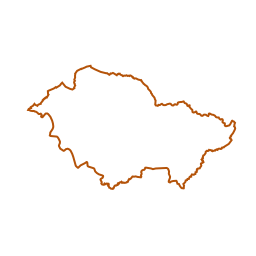 outline of Dan Makham Tia, Kanchanaburi, Thailand, rotated 212°
{"feature_id": "78962969B50658242834592", "entity_name": "Dan Makham Tia", "entity_type": "district", "adm_level": 2, "iso_a3": "THA", "parent_name": "Thailand", "parent_adm1": "Kanchanaburi", "projection": "albers", "projection_center": [99.312, 13.84], "detail": "fine", "context": "isolated", "style": "outline", "palette": "amber", "viewbox_px": 256, "rotation_deg": 212, "n_neighbors": 0, "source": "geoboundaries", "source_scale": "gbopen_adm2", "svg_char_len": 5771}
<svg xmlns="http://www.w3.org/2000/svg" viewBox="0 0 256 256"><g transform="rotate(212 128 128)"><path d="M201.6,146.0L201.3,145.8L200.6,144.2L199.6,142.8L199.1,140.4L198.0,139.9L198.1,138.7L197.9,138.1L197.4,137.6L196.5,137.2L196.2,136.6L195.3,136.1L195.3,134.9L195.1,134.3L195.1,133.6L194.6,133.3L195.5,131.2L197.8,130.5L202.8,129.9L207.8,131.6L208.2,129.9L208.3,128.1L210.2,124.2L210.9,124.4L211.9,122.1L215.1,117.6L215.5,116.8L213.7,114.3L213.1,114.2L213.0,111.8L213.0,110.9L213.7,110.9L213.8,109.5L214.3,109.4L214.5,107.9L214.8,107.9L215.1,106.4L214.7,106.1L215.2,102.4L214.9,102.2L216.3,100.5L216.8,99.1L216.7,98.8L219.1,98.5L220.1,98.9L220.4,96.3L221.5,94.3L221.5,94.0L221.0,93.6L221.5,93.4L221.4,92.9L222.2,91.7L222.3,91.1L222.2,90.4L221.3,90.9L220.4,90.9L219.5,91.1L217.7,91.9L216.9,92.6L215.7,92.6L215.0,93.0L213.0,93.0L211.6,92.6L211.0,92.6L210.3,93.1L209.6,93.9L208.7,93.7L208.1,93.3L208.1,92.8L207.7,91.6L206.8,91.5L206.2,91.9L205.6,96.2L205.4,96.7L204.2,97.5L203.0,97.5L199.8,96.4L196.3,94.1L194.1,92.1L192.3,89.9L191.7,88.7L191.4,87.0L191.5,83.0L190.9,81.8L190.3,80.2L189.4,80.2L183.8,83.0L182.8,82.9L181.4,82.3L178.6,80.5L177.8,79.2L177.4,77.0L177.2,76.4L176.8,76.0L174.5,74.6L170.6,74.5L170.1,75.0L169.4,77.2L168.1,78.5L166.5,78.7L165.2,78.5L164.4,78.2L161.6,76.5L159.1,74.5L152.4,68.4L151.7,68.1L149.6,67.7L149.2,67.9L148.4,71.2L146.1,75.0L145.3,76.6L145.2,77.1L144.7,77.3L144.0,76.9L142.4,74.7L141.8,74.3L140.7,74.4L135.7,75.7L134.9,75.5L132.8,73.8L130.5,73.3L128.1,73.3L124.5,74.2L123.8,74.2L123.3,73.5L123.2,72.2L124.0,70.6L124.1,69.9L123.4,69.2L121.6,68.2L121.2,66.8L120.7,66.7L120.2,66.4L119.7,66.6L119.3,66.6L118.3,67.1L118.3,67.9L118.5,68.0L118.5,68.5L117.2,68.5L117.0,69.2L116.8,69.5L116.1,69.7L115.6,70.2L114.9,70.4L114.5,70.1L114.7,69.0L114.2,68.9L114.3,68.6L114.0,68.3L113.3,68.3L112.3,67.5L112.0,67.7L111.2,67.7L110.4,67.5L108.8,68.2L108.8,68.6L108.3,68.9L108.3,69.2L108.6,69.5L108.4,70.1L108.6,70.6L108.7,71.8L108.5,72.3L107.7,72.7L107.7,73.2L107.2,73.5L106.5,74.3L106.5,74.6L107.0,74.9L107.3,75.7L106.8,76.3L106.5,76.1L106.2,76.2L106.4,76.7L106.2,77.3L105.8,78.0L105.3,78.3L104.9,78.2L104.9,78.8L104.4,78.6L103.7,79.1L103.2,78.8L102.3,79.6L101.7,79.7L100.2,81.2L100.1,81.5L100.2,81.8L99.6,82.3L100.0,83.9L100.0,85.3L99.4,85.3L98.8,86.7L98.5,89.2L98.2,89.5L97.2,89.8L95.9,91.0L93.9,91.6L90.9,93.0L90.9,93.7L92.0,94.8L92.1,96.3L92.9,97.2L93.4,97.5L93.7,98.3L93.6,99.4L93.3,99.9L93.0,100.4L92.1,101.2L92.0,102.6L92.3,103.4L91.8,103.9L87.0,105.9L85.1,106.3L83.0,108.4L74.2,114.5L73.3,114.7L72.2,114.5L70.6,113.3L70.1,112.8L69.1,110.8L66.6,109.1L66.0,108.0L65.3,104.5L64.8,103.9L64.2,103.9L63.5,104.1L63.0,105.5L61.6,107.0L59.1,108.8L58.6,108.7L56.5,106.9L55.2,107.5L53.4,106.4L51.5,105.6L50.5,105.5L48.8,106.3L48.8,106.7L49.5,107.5L49.9,108.8L50.7,109.3L51.4,109.9L51.0,111.2L50.8,112.9L51.3,114.1L50.3,115.1L50.6,116.0L50.5,116.4L49.4,117.0L49.8,118.9L49.5,119.8L49.0,119.8L48.6,120.2L49.1,120.9L49.2,122.5L47.4,123.2L47.3,123.8L46.5,124.7L47.3,126.3L46.5,127.0L46.4,127.2L46.8,127.9L47.3,128.5L47.1,129.2L47.6,129.4L47.7,129.7L47.2,130.7L45.8,131.8L45.9,132.9L45.8,134.6L46.0,135.1L47.0,135.9L47.3,136.5L46.1,138.4L45.9,139.1L46.8,139.5L47.2,140.1L47.9,139.7L48.1,140.1L48.8,140.3L48.6,140.7L48.8,141.1L48.9,141.6L48.7,141.8L48.9,142.2L48.6,142.4L49.2,143.2L49.6,144.5L49.3,144.8L49.0,145.9L48.9,147.9L49.5,149.1L49.0,150.5L48.4,150.6L47.9,151.0L47.7,152.4L47.0,152.4L46.6,152.9L45.5,153.1L45.1,153.5L44.9,153.4L44.6,153.0L44.0,153.1L43.8,153.6L43.0,154.2L42.6,155.1L42.1,155.2L42.1,155.7L41.7,156.5L40.6,156.8L40.9,157.4L40.5,157.7L40.1,158.5L39.6,158.9L38.5,159.2L37.7,159.9L37.7,160.1L38.0,160.4L37.9,161.2L37.3,161.5L36.9,162.3L36.5,162.4L36.3,163.4L34.1,167.9L33.7,172.6L34.6,173.2L35.3,173.1L36.1,173.2L36.5,173.7L36.2,175.1L36.5,175.4L36.4,175.7L36.6,175.8L36.2,179.3L36.5,182.8L36.8,184.3L37.7,185.3L38.9,185.6L39.1,186.5L39.7,187.6L40.0,189.1L41.9,189.6L42.6,189.3L43.0,189.2L43.4,189.4L43.6,189.2L43.3,185.3L43.5,183.9L45.3,181.9L46.2,181.3L46.9,181.3L47.3,181.5L48.3,183.2L50.2,182.9L50.8,183.0L51.1,183.2L51.7,184.9L52.5,185.4L53.1,185.3L54.0,184.2L55.4,184.3L56.7,185.0L57.9,184.2L59.1,183.9L60.8,184.5L62.5,184.4L64.2,183.7L66.3,183.6L66.7,183.4L67.0,183.0L66.5,182.1L66.3,180.7L67.2,180.4L69.0,180.5L70.5,179.7L70.8,179.3L71.2,177.9L71.6,177.6L72.4,177.3L73.9,177.8L74.8,177.8L76.2,177.0L77.1,176.9L78.8,178.1L79.2,177.9L79.4,177.2L80.5,175.9L81.5,175.7L81.8,175.8L83.2,177.5L84.8,177.7L87.1,178.5L87.7,179.8L88.2,179.7L88.9,178.4L89.3,178.3L91.1,179.6L91.4,179.6L93.1,179.2L94.9,180.0L96.4,178.4L97.1,178.0L98.8,176.5L99.1,175.9L98.6,174.6L98.7,173.9L99.3,173.4L100.7,173.1L101.2,172.4L101.4,171.3L102.4,170.6L103.1,170.6L104.6,171.1L105.5,170.8L106.9,169.4L107.5,168.7L108.1,167.5L108.5,167.2L109.5,166.5L110.2,166.2L112.0,166.5L112.4,166.1L113.2,164.3L114.4,163.8L114.4,162.7L114.6,162.5L115.9,162.2L116.3,161.9L117.3,162.3L119.2,166.0L120.1,166.4L121.7,167.8L124.9,168.8L125.7,169.5L126.9,169.8L127.5,170.5L128.1,170.9L129.7,171.4L131.5,171.8L132.8,172.9L133.6,173.3L134.7,173.5L136.5,173.5L137.3,173.8L138.1,173.7L138.6,174.0L140.0,174.4L142.1,175.5L142.3,175.1L143.0,175.2L144.9,174.5L147.4,174.3L148.5,173.7L148.8,173.2L149.5,173.2L149.8,173.4L150.5,173.2L151.1,173.4L151.1,173.8L153.5,173.9L154.1,173.7L154.3,172.8L155.6,172.5L156.0,171.9L157.2,171.9L158.0,170.9L159.1,170.4L159.7,169.3L160.3,169.3L160.8,169.6L162.7,169.2L163.7,169.7L164.1,169.3L164.5,169.3L164.6,168.9L165.1,168.6L165.0,168.2L165.5,167.7L165.5,166.8L169.2,166.8L170.0,166.7L171.0,165.2L171.7,165.0L171.9,163.3L172.0,163.2L174.9,163.4L175.4,162.9L180.9,161.1L187.3,160.2L191.5,159.9L192.7,160.9L195.6,158.1L196.5,156.6L198.8,153.3L199.1,153.4L201.2,149.9L201.4,149.6L201.5,148.5L201.6,146.0Z" fill="none" stroke="#b45309" stroke-width="2"/></g></svg>